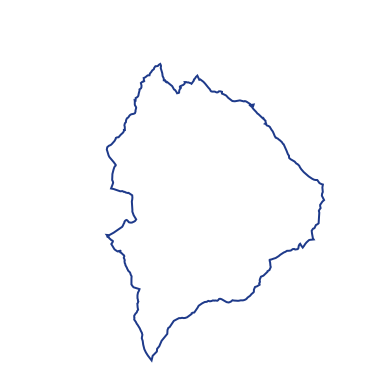 the district of Tigveni, Arges, Romania, rotated 61°
{"feature_id": "2599482B38014929426493", "entity_name": "Tigveni", "entity_type": "district", "adm_level": 2, "iso_a3": "ROU", "parent_name": "Romania", "parent_adm1": "Arges", "projection": "natural_earth1", "projection_center": [24.538, 45.154], "detail": "fine", "context": "isolated", "style": "outline", "palette": "blue", "viewbox_px": 384, "rotation_deg": 61, "n_neighbors": 0, "source": "geoboundaries", "source_scale": "gbopen_adm2", "svg_char_len": 5954}
<svg xmlns="http://www.w3.org/2000/svg" viewBox="0 0 384 384"><g transform="rotate(61 192 192)"><path d="M319.7,309.0L316.2,305.8L314.5,300.1L312.2,298.5L311.1,295.5L307.4,290.7L304.1,282.4L300.8,280.3L299.4,278.6L299.3,277.0L295.9,270.4L296.0,264.5L296.8,263.1L297.2,261.7L298.2,260.5L298.8,259.2L299.2,257.1L298.5,251.5L297.9,251.1L297.9,250.0L298.5,248.4L295.9,243.2L294.7,241.3L294.3,237.0L294.4,234.2L295.2,232.3L295.1,230.6L296.3,229.3L296.8,227.8L297.0,226.2L297.8,225.3L298.0,224.5L299.4,222.5L299.3,221.6L298.7,220.1L299.0,219.2L300.1,218.1L305.1,215.1L306.4,213.5L306.6,212.6L306.7,210.9L306.3,209.1L307.3,207.9L308.7,205.7L309.3,204.8L309.8,203.8L310.4,201.8L311.1,200.7L311.7,199.3L312.0,197.3L311.8,195.8L311.3,194.7L310.9,191.4L310.2,189.7L309.6,186.9L309.3,186.3L307.3,185.1L306.6,184.1L305.7,183.1L305.7,182.5L306.0,181.2L305.9,177.8L305.1,177.5L304.4,177.5L303.8,176.4L303.2,176.0L302.2,175.7L301.2,174.9L300.9,174.5L299.5,172.8L299.8,170.1L298.4,164.7L297.9,164.4L297.8,162.1L295.8,159.5L294.6,159.2L291.4,157.8L290.1,157.5L289.1,157.1L289.0,156.5L289.4,155.7L289.8,153.2L290.3,150.9L290.1,147.2L289.7,145.3L289.4,141.0L289.6,139.4L289.5,137.4L290.6,135.3L291.1,133.9L290.8,131.6L291.1,130.9L291.3,130.3L291.7,130.0L292.3,129.7L293.2,127.3L292.8,126.3L290.8,124.7L290.4,124.0L290.0,123.6L289.7,122.5L292.1,122.4L294.3,122.1L293.4,120.1L292.4,118.3L291.6,116.3L290.8,113.0L291.0,112.1L292.5,108.6L291.1,108.7L286.3,107.1L283.9,106.1L282.8,104.0L282.8,103.5L283.0,102.7L282.9,102.3L281.0,99.7L281.0,97.6L280.7,96.4L271.8,90.7L270.0,90.2L269.4,89.4L268.4,87.3L266.6,86.8L265.4,86.2L263.6,82.6L263.1,80.4L258.2,80.2L256.6,79.1L255.4,77.6L251.3,75.8L248.9,73.9L247.9,74.9L246.0,76.2L242.3,76.6L241.4,78.1L240.4,79.3L238.8,80.4L234.9,82.4L228.8,84.6L225.1,85.4L222.7,85.6L221.0,85.5L218.7,86.2L217.8,86.9L215.1,87.5L211.1,89.9L209.4,90.5L208.2,90.1L207.3,89.6L205.4,89.8L201.8,89.3L194.7,88.7L194.0,89.1L192.0,89.2L189.0,90.2L188.1,90.7L187.0,91.0L186.2,91.6L184.8,92.3L184.8,92.5L182.7,92.5L181.6,92.3L178.2,92.0L176.1,92.3L172.7,92.4L171.5,93.0L170.0,94.3L168.4,94.5L167.8,95.0L167.7,93.9L166.8,93.9L165.4,93.2L162.7,94.0L162.4,93.7L161.7,93.9L161.8,94.4L156.0,96.2L155.2,96.7L152.9,97.1L149.5,98.0L147.5,98.3L147.1,98.2L146.8,97.6L146.8,97.2L145.4,95.7L144.6,98.1L145.3,98.9L144.0,99.4L143.2,98.5L139.3,100.6L138.1,101.7L138.0,102.6L135.1,105.7L133.4,110.6L132.0,112.6L127.1,114.7L125.2,115.1L123.9,115.5L122.1,116.8L120.4,118.1L118.9,117.2L117.7,118.4L117.1,119.5L117.0,119.8L117.3,121.1L117.1,121.7L116.8,122.2L116.1,122.8L115.6,123.1L115.1,123.6L114.1,125.5L113.3,126.4L112.7,126.6L110.7,126.6L108.6,127.1L103.5,128.0L101.1,128.6L97.5,130.2L97.4,131.2L92.8,130.9L93.3,132.8L94.3,134.6L94.5,135.7L94.8,136.0L95.5,136.4L95.7,137.1L96.5,138.6L97.1,140.0L96.2,140.4L95.3,141.3L94.4,142.0L93.8,143.2L93.0,143.8L92.3,145.1L92.9,145.2L93.4,145.6L93.7,146.1L93.9,146.7L94.1,147.9L93.8,150.6L93.9,151.4L94.2,151.7L94.4,151.7L94.9,151.1L95.3,151.1L95.8,151.6L96.1,152.7L96.7,153.5L97.5,154.3L98.8,155.1L98.9,155.4L98.7,156.3L98.4,157.2L97.4,157.1L95.0,157.3L94.6,157.4L93.8,157.9L93.4,158.0L89.8,158.0L83.5,160.5L83.0,160.9L83.0,161.1L83.3,161.3L83.0,161.5L81.8,161.7L81.5,161.4L81.1,161.4L80.9,161.7L80.7,162.3L80.6,162.5L79.9,162.1L78.7,161.6L76.4,161.5L73.6,160.4L68.6,159.3L68.2,159.1L67.3,158.4L66.7,158.0L65.9,157.8L64.6,157.7L64.7,159.5L65.1,160.4L65.2,160.8L64.8,162.1L64.3,162.8L64.3,163.2L65.2,165.0L65.9,165.6L66.1,165.9L66.4,167.9L67.2,169.3L68.0,171.4L69.3,172.6L68.5,174.3L69.0,177.0L69.0,177.8L68.9,179.0L69.4,179.1L70.9,179.9L71.8,180.0L71.9,180.5L71.8,180.9L71.8,181.5L71.5,181.8L71.7,183.0L71.9,183.9L74.3,184.5L75.9,185.5L76.6,186.4L76.8,188.1L77.0,188.1L77.8,188.7L79.9,190.7L81.8,192.3L82.2,193.0L82.5,194.0L82.5,195.7L84.2,196.7L84.7,197.1L84.0,197.7L85.2,198.2L87.7,199.6L88.4,199.8L90.8,199.8L91.4,200.1L93.3,201.9L94.4,202.5L94.6,202.8L95.4,203.7L95.4,204.1L95.3,205.2L94.6,207.4L94.6,208.6L94.9,209.7L95.9,211.6L96.0,213.1L96.7,214.2L97.8,215.3L98.7,215.8L99.0,216.2L99.2,217.0L99.4,217.4L100.9,218.8L102.4,219.2L105.3,220.7L105.1,221.1L104.8,221.5L105.4,221.8L105.7,222.1L106.3,222.9L106.7,223.8L107.4,226.7L108.5,229.7L107.9,231.0L107.8,232.3L108.0,232.6L108.7,233.2L109.8,235.0L111.2,239.0L111.5,240.5L111.3,241.7L111.3,242.3L111.7,244.3L112.3,244.9L113.7,246.0L114.9,246.2L119.5,247.2L121.1,247.3L122.4,247.1L127.9,246.0L130.9,245.6L131.5,245.6L131.9,246.0L132.2,247.2L133.0,248.3L134.5,249.9L137.7,252.9L142.8,256.0L144.3,256.1L145.7,256.5L146.9,257.8L149.7,261.1L151.3,259.2L156.6,254.4L157.5,252.4L158.9,251.5L159.2,250.8L160.2,250.3L161.9,248.5L162.0,247.9L165.9,245.9L167.9,246.8L169.3,247.7L171.1,249.2L178.7,252.8L180.3,253.7L184.1,254.3L188.9,254.1L189.7,255.7L189.8,257.0L189.6,259.5L188.7,261.0L187.8,261.9L186.0,262.2L184.8,262.7L184.6,263.6L184.8,264.5L185.2,265.4L186.0,266.0L186.6,267.0L187.8,268.6L188.6,269.9L189.6,280.2L189.6,285.3L188.2,287.4L189.1,287.3L189.6,287.6L190.2,287.7L190.8,287.3L191.1,286.7L192.1,286.8L193.2,286.5L193.7,286.2L195.0,285.9L195.7,285.3L196.5,285.0L196.9,285.2L197.4,285.8L198.4,287.8L204.4,287.6L205.7,287.1L207.9,285.9L208.2,285.5L208.1,284.7L208.5,284.2L208.5,283.3L208.9,283.1L210.0,284.0L211.1,283.3L213.5,282.6L214.4,282.2L215.3,282.3L216.5,283.6L218.1,283.7L219.1,283.9L219.5,284.4L220.1,284.7L221.7,285.3L222.7,285.3L223.9,285.7L226.8,285.7L227.7,285.9L228.7,285.8L229.7,286.0L232.1,285.3L232.9,285.3L234.6,285.7L236.4,285.7L238.5,287.0L243.5,289.8L245.7,289.6L247.0,289.3L249.0,287.4L251.5,285.0L252.6,286.2L253.8,288.0L255.8,289.7L258.5,291.2L259.6,291.4L261.2,292.1L261.7,292.0L262.9,293.3L263.1,293.9L266.6,295.5L268.8,296.2L269.5,297.6L270.2,298.3L270.7,299.2L270.9,300.2L272.2,302.5L273.6,303.3L274.0,303.3L275.6,304.4L278.3,304.1L280.5,304.2L281.6,304.0L285.9,303.8L289.0,304.1L290.9,304.1L291.3,304.3L292.8,304.6L295.5,306.8L298.3,307.3L301.9,308.7L306.4,309.9L310.0,310.1L313.6,309.9L319.7,309.0Z" fill="none" stroke="#1e3a8a" stroke-width="2"/></g></svg>